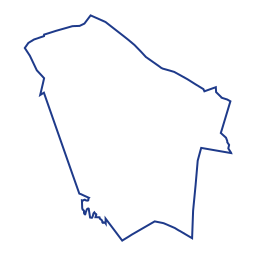 Santa María Zoquitlán, Oaxaca, Mexico
{"feature_id": "50627088B87489634133290", "entity_name": "Santa María Zoquitlán", "entity_type": "district", "adm_level": 2, "iso_a3": "MEX", "parent_name": "Mexico", "parent_adm1": "Oaxaca", "projection": "robinson", "projection_center": [-96.386, 16.557], "detail": "fine", "context": "isolated", "style": "outline", "palette": "blue", "viewbox_px": 256, "rotation_deg": 0, "n_neighbors": 0, "source": "geoboundaries", "source_scale": "gbopen_adm2", "svg_char_len": 2308}
<svg xmlns="http://www.w3.org/2000/svg" viewBox="0 0 256 256"><path d="M90.6,15.4L84.4,23.6L79.6,25.9L74.0,26.1L72.3,26.2L67.8,27.5L56.1,30.8L48.6,33.2L44.1,34.6L44.0,36.1L34.0,39.5L28.4,42.9L24.8,48.0L29.9,55.8L36.8,70.3L44.1,78.2L43.0,83.1L40.2,95.0L43.9,92.7L53.0,118.7L72.2,173.5L79.3,193.6L80.4,194.0L80.8,194.1L84.0,195.6L88.9,197.8L88.7,198.0L88.5,198.3L88.5,198.7L88.4,199.0L88.4,199.3L88.3,199.6L88.3,199.9L88.3,200.2L88.2,200.4L87.7,200.6L87.3,200.6L86.8,200.5L86.3,200.5L85.9,200.4L85.7,200.2L85.4,200.1L85.0,199.8L84.7,199.7L84.3,199.9L83.8,200.0L83.4,200.3L83.2,200.5L82.8,200.5L81.9,200.3L82.0,202.4L82.2,208.1L82.4,208.8L82.6,209.1L82.6,209.5L82.9,209.7L83.0,209.9L83.3,210.1L83.7,210.4L83.9,210.6L84.0,211.0L84.1,211.4L84.0,211.6L84.0,212.0L84.0,212.3L84.0,212.7L84.0,212.9L84.1,213.1L84.2,213.6L84.8,214.3L85.1,214.4L85.3,214.2L85.5,213.6L85.6,212.9L85.7,212.4L86.0,211.7L86.2,211.3L86.3,210.8L86.6,210.0L86.8,209.6L87.1,209.1L87.5,208.7L88.0,208.6L88.3,208.5L88.7,208.7L90.1,217.5L91.9,217.8L92.4,217.1L92.6,216.5L92.8,216.1L92.9,215.5L93.1,215.0L93.2,214.2L93.4,213.7L93.6,213.3L93.7,213.0L94.0,212.7L94.3,212.4L94.4,212.6L94.7,212.9L95.0,213.2L95.2,213.5L95.4,213.8L95.7,213.9L95.9,214.0L96.2,214.2L96.3,214.4L96.3,214.7L96.2,215.1L96.1,215.3L95.8,216.0L95.5,217.2L99.5,217.3L99.6,217.6L99.7,217.9L99.7,218.2L99.8,218.5L100.1,218.8L100.3,219.1L100.7,219.3L101.1,219.7L101.4,219.8L101.6,220.0L101.8,220.3L102.0,220.7L102.2,221.0L102.3,221.4L102.3,222.2L102.4,222.4L102.7,222.8L103.4,222.8L103.7,222.8L104.0,222.4L104.3,222.5L104.5,222.6L104.8,222.8L105.2,222.9L105.5,223.2L105.7,223.5L105.6,218.6L122.2,240.6L122.5,240.4L128.7,236.6L132.0,234.5L154.7,221.4L162.8,223.0L163.1,223.1L163.9,223.3L174.8,228.0L178.2,230.1L178.7,230.4L179.9,231.0L192.1,238.2L193.1,210.8L195.6,185.0L197.7,160.8L197.7,160.7L200.4,150.7L201.2,147.9L217.9,150.8L231.2,153.1L231.1,152.8L228.4,148.6L228.3,148.3L229.1,145.0L229.1,144.9L227.3,142.3L227.2,140.8L226.7,139.6L226.0,137.7L220.8,133.0L222.0,129.2L230.4,101.3L227.2,99.5L222.1,97.9L221.5,97.6L221.5,97.4L216.1,92.1L215.8,87.2L204.4,91.3L203.4,89.1L195.5,84.3L187.4,79.2L174.2,71.9L169.5,70.5L162.7,68.6L161.1,67.8L159.7,66.7L145.9,57.0L141.0,51.7L134.5,45.0L128.3,39.8L123.5,36.0L105.5,22.0L90.6,15.4Z" fill="none" stroke="#1e3a8a" stroke-width="2"/></svg>